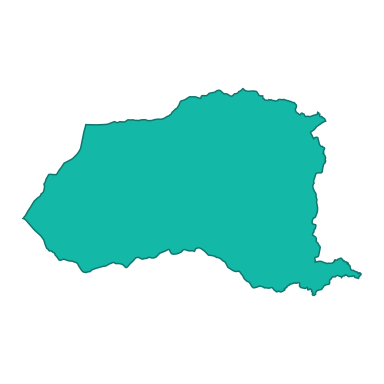 the district of Murillo, Tolima, Colombia
{"feature_id": "7082276B68710011188416", "entity_name": "Murillo", "entity_type": "district", "adm_level": 2, "iso_a3": "COL", "parent_name": "Colombia", "parent_adm1": "Tolima", "projection": "albers", "projection_center": [-75.145, 4.827], "detail": "fine", "context": "isolated", "style": "filled", "palette": "teal", "viewbox_px": 384, "rotation_deg": 0, "n_neighbors": 0, "source": "geoboundaries", "source_scale": "gbopen_adm2", "svg_char_len": 6004}
<svg xmlns="http://www.w3.org/2000/svg" viewBox="0 0 384 384"><path d="M23.0,218.5L24.1,218.8L25.9,220.1L34.1,229.7L40.7,235.7L43.9,240.1L45.0,244.0L46.6,248.1L47.5,249.0L48.2,249.2L48.6,250.2L49.3,250.9L51.3,250.9L52.1,251.4L52.8,252.3L54.1,252.7L54.9,253.8L55.0,254.7L56.9,256.9L59.2,260.1L60.5,260.3L62.8,259.4L64.0,259.2L68.6,260.8L72.2,261.2L76.5,262.7L77.7,263.8L78.6,265.7L81.6,270.4L82.9,271.7L84.4,272.3L86.4,272.5L87.6,271.9L90.0,271.6L92.0,269.8L96.0,268.3L102.4,266.5L106.0,265.9L109.3,264.0L113.0,262.5L114.0,262.5L115.7,263.6L119.4,263.6L121.9,264.2L123.8,265.3L124.6,266.5L125.6,267.4L126.6,267.5L127.8,266.5L130.3,263.5L132.9,261.1L135.9,257.7L138.7,257.4L142.0,259.1L143.1,259.0L144.3,258.6L146.8,258.4L149.0,257.2L151.5,257.9L153.1,258.0L154.4,257.8L156.4,256.8L159.6,253.3L165.1,251.1L168.4,249.4L169.2,249.5L169.4,249.7L170.3,251.8L171.3,253.4L172.4,254.0L173.8,254.2L177.0,253.8L179.4,252.9L181.3,252.0L183.0,250.0L184.1,249.6L185.4,249.7L187.4,250.5L188.8,250.8L190.1,250.9L192.0,250.7L194.5,251.3L195.7,248.7L197.8,247.9L199.3,247.8L201.2,248.7L204.8,251.3L208.4,255.1L212.2,255.6L214.7,256.2L216.4,257.3L218.9,257.8L220.6,258.7L222.9,260.8L224.6,261.7L225.5,262.6L227.9,267.3L232.9,270.5L234.5,271.2L235.9,271.5L238.5,271.3L239.6,271.5L240.4,272.8L242.7,275.7L244.2,278.7L246.6,281.0L249.4,282.4L252.0,286.7L253.4,287.8L254.4,287.8L257.6,286.9L259.4,286.0L262.6,286.7L264.4,287.9L265.0,287.7L268.8,288.2L271.8,287.5L272.4,287.8L274.2,290.1L275.9,291.1L276.0,291.6L276.6,291.8L278.9,291.3L280.6,291.9L281.2,291.9L284.2,290.4L284.9,289.7L284.8,289.2L284.4,289.0L284.5,288.6L286.8,287.4L286.8,286.6L287.1,286.2L289.3,285.1L289.7,284.8L289.9,284.1L291.1,284.0L293.3,283.4L294.5,282.7L295.2,283.1L296.7,283.2L298.0,282.7L298.8,282.6L299.3,282.8L299.6,283.5L299.6,285.3L299.4,285.9L300.7,287.5L305.1,288.5L307.2,287.5L307.6,288.4L307.7,289.4L308.0,289.9L309.1,289.6L310.0,288.9L310.8,289.1L311.0,289.7L311.9,290.4L311.6,291.4L312.1,291.8L312.3,292.5L312.9,293.2L312.9,293.6L312.3,294.1L312.5,294.8L313.2,295.4L314.1,295.4L315.6,294.3L315.6,292.6L316.9,290.8L318.3,290.2L321.6,289.4L324.2,285.7L326.3,284.7L328.2,284.4L329.2,284.0L329.7,283.0L329.5,281.5L330.1,279.4L331.1,279.0L332.4,276.8L335.1,276.9L336.4,275.8L337.8,275.4L339.7,276.4L340.7,276.4L341.6,277.6L342.0,276.9L343.1,276.0L344.5,275.8L345.4,274.8L346.1,275.2L347.0,275.2L347.9,276.3L348.7,276.7L350.2,276.3L351.7,276.4L353.9,275.8L354.5,277.0L355.2,277.5L358.5,278.4L358.6,277.3L359.5,276.5L359.7,275.7L360.9,274.8L361.0,273.8L360.4,273.6L360.0,272.8L359.1,272.8L358.4,273.7L357.9,273.2L357.6,272.3L357.2,272.0L356.6,272.0L355.7,271.5L354.6,271.2L353.5,270.3L351.8,270.4L351.4,270.2L350.4,268.5L350.0,266.0L349.4,265.1L348.9,265.0L348.3,264.5L348.3,263.5L347.4,263.7L347.5,262.6L346.8,262.6L346.6,262.1L346.2,261.9L345.4,262.1L344.3,260.9L343.2,260.9L342.7,259.7L341.3,258.2L340.7,258.2L337.9,259.3L337.1,259.9L336.1,260.3L335.4,260.3L335.3,259.9L334.8,259.9L334.4,260.6L334.5,261.2L333.9,261.6L333.6,262.4L331.3,263.4L328.5,263.2L326.9,263.5L326.2,263.1L324.9,262.9L321.6,261.5L320.3,261.3L319.0,261.3L315.2,262.1L315.4,260.6L314.7,258.5L314.8,257.9L315.5,257.3L318.0,256.7L318.4,255.9L318.8,254.9L320.2,247.6L320.0,246.4L319.0,245.5L318.3,243.7L316.3,241.6L316.3,238.5L315.7,237.2L312.5,234.9L312.8,233.4L313.9,232.0L314.0,230.1L315.5,228.2L315.9,225.2L315.6,224.7L313.3,224.2L312.5,223.6L312.1,222.9L312.2,220.6L313.4,218.1L314.9,217.6L315.5,216.9L317.4,211.8L317.6,207.8L316.5,201.9L317.0,199.8L316.1,196.9L316.0,193.8L314.2,190.9L313.0,187.8L312.8,186.0L313.1,184.7L314.1,183.0L313.6,181.6L313.7,180.6L316.0,173.6L316.9,173.1L317.7,172.9L321.3,172.8L321.9,172.0L322.3,171.8L322.6,168.7L323.6,164.3L325.2,162.7L325.0,161.8L325.7,161.1L325.1,159.9L325.6,157.6L324.8,155.5L323.8,154.5L323.8,153.7L323.0,153.5L323.8,152.2L323.5,150.9L324.4,149.2L324.6,148.3L324.4,147.9L324.0,147.5L322.8,147.0L322.3,146.4L321.2,146.5L319.9,145.2L319.4,144.1L317.8,137.8L317.6,137.5L316.2,137.2L314.5,137.9L313.7,138.8L310.4,132.3L314.0,129.8L317.0,126.3L322.9,122.3L325.7,121.0L325.2,120.3L325.0,119.3L323.6,118.0L322.4,117.6L322.2,117.0L321.2,116.4L320.2,116.6L319.5,115.6L319.8,114.2L318.8,114.0L318.5,113.5L318.7,112.9L317.7,112.3L317.1,114.5L313.4,115.4L310.1,116.7L307.9,116.2L305.6,116.7L304.5,115.4L304.1,114.2L302.7,113.6L302.1,113.1L301.2,113.3L300.3,114.8L299.2,114.6L298.2,113.5L297.5,113.2L296.0,111.8L295.6,110.7L295.3,108.6L296.2,107.8L296.5,105.8L296.1,104.7L294.0,102.5L293.1,102.6L290.2,101.3L289.6,101.3L288.2,100.7L287.6,100.8L286.8,100.3L286.0,100.3L283.8,99.4L282.8,99.7L278.9,99.4L276.7,100.9L275.2,101.1L274.4,100.6L272.7,100.5L271.1,99.7L270.0,100.1L268.9,99.6L267.7,100.5L266.7,100.2L265.6,100.2L264.6,99.9L263.9,98.7L263.5,98.8L263.2,98.5L262.8,97.7L262.7,95.9L260.3,95.9L259.2,95.5L256.5,91.5L254.2,91.0L250.4,91.1L249.1,91.3L246.6,91.1L244.5,90.1L243.0,88.6L242.6,88.8L241.9,89.7L240.7,90.7L238.7,91.7L237.7,93.1L237.1,93.4L234.7,93.8L234.0,94.2L233.1,95.3L231.7,96.2L230.6,96.1L227.1,94.0L223.6,93.6L220.3,90.6L218.9,90.2L217.1,90.6L214.4,92.3L209.2,93.3L207.6,95.0L206.4,95.7L202.1,95.6L201.2,96.4L200.9,98.1L200.6,98.3L199.7,98.3L195.4,96.8L189.5,96.8L184.6,99.9L181.0,101.0L180.1,102.1L178.8,105.5L177.2,107.7L176.9,108.5L175.4,109.0L174.5,110.1L172.4,112.0L170.7,114.6L169.6,115.1L169.0,115.8L167.5,116.3L163.8,118.5L161.0,119.3L158.7,119.1L155.1,119.5L152.0,120.4L150.4,120.6L147.7,120.6L145.4,119.7L141.9,119.8L139.7,120.2L138.5,120.7L137.5,120.4L135.4,120.4L132.7,119.8L130.1,120.0L127.9,119.8L125.5,121.5L124.3,122.0L119.7,121.7L117.9,122.6L116.9,122.6L114.4,121.6L108.5,123.9L106.5,124.4L96.4,124.9L85.8,124.6L85.3,127.0L84.0,131.5L80.6,148.4L79.2,151.1L77.3,153.9L73.1,158.2L71.4,159.4L64.1,163.2L61.2,167.6L59.3,170.0L56.5,174.6L53.6,174.6L50.1,174.3L48.7,174.6L46.1,179.1L45.1,182.5L44.3,183.3L44.0,184.3L44.5,186.1L44.5,187.4L43.6,191.6L42.8,192.7L41.3,193.7L40.1,196.2L37.4,198.1L34.1,201.2L30.4,207.4L28.5,210.1L25.4,215.6L23.0,218.5Z" fill="#14b8a6" stroke="#0f766e" stroke-width="1.5"/></svg>